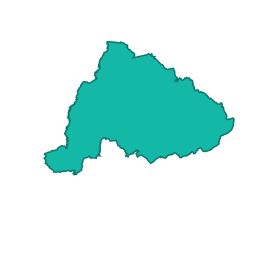 Wang Nam Yen, Sa Kaeo, Thailand, rotated 225°
{"feature_id": "78962969B24395616266318", "entity_name": "Wang Nam Yen", "entity_type": "district", "adm_level": 2, "iso_a3": "THA", "parent_name": "Thailand", "parent_adm1": "Sa Kaeo", "projection": "equal_earth", "projection_center": [102.114, 13.545], "detail": "fine", "context": "isolated", "style": "filled", "palette": "teal", "viewbox_px": 256, "rotation_deg": 225, "n_neighbors": 0, "source": "geoboundaries", "source_scale": "gbopen_adm2", "svg_char_len": 5889}
<svg xmlns="http://www.w3.org/2000/svg" viewBox="0 0 256 256"><g transform="rotate(225 128 128)"><path d="M53.2,176.4L52.4,181.2L53.7,181.8L54.2,183.3L55.2,184.3L55.4,186.0L56.4,186.8L56.6,188.9L55.7,189.8L55.4,191.6L54.1,194.0L53.7,196.0L53.5,200.0L55.1,203.8L59.1,209.0L59.8,209.4L61.1,209.1L62.2,206.2L63.4,205.2L63.5,204.4L65.3,203.9L66.0,205.6L67.6,206.9L72.4,208.1L75.1,210.0L75.8,210.0L75.8,209.3L76.3,209.0L76.7,209.4L76.5,209.9L76.8,210.3L78.2,210.9L78.2,211.5L79.2,211.7L80.0,211.5L79.8,209.8L81.9,208.1L83.6,208.4L84.1,207.8L90.3,207.5L91.4,206.8L91.4,206.3L93.7,206.3L93.8,206.9L98.4,206.7L102.4,204.9L102.4,203.9L103.9,203.7L104.4,204.3L105.3,204.0L105.5,204.3L107.2,201.9L108.2,202.5L108.8,202.5L109.2,203.1L109.7,203.0L110.4,204.0L112.0,204.0L112.4,204.7L113.2,204.5L113.2,205.0L113.8,205.8L114.6,205.8L115.6,206.9L116.9,207.0L117.7,206.1L118.1,206.3L118.3,205.8L119.9,206.7L120.4,206.0L121.3,205.7L122.1,204.5L122.4,204.7L122.4,203.6L123.1,203.2L122.8,202.2L123.0,200.3L124.4,199.8L124.8,200.3L126.8,199.9L126.7,197.4L126.3,196.5L126.4,196.2L126.7,196.6L126.9,196.4L127.6,194.4L128.1,194.7L128.1,198.2L130.1,198.1L132.3,198.6L134.6,200.7L137.2,202.0L138.3,202.1L142.1,196.5L143.0,196.9L144.7,196.1L147.8,197.1L148.6,197.0L149.3,196.3L157.2,196.5L158.9,195.4L159.4,197.4L161.9,195.7L163.2,197.2L163.7,197.1L163.8,195.6L165.9,195.2L166.1,193.7L174.0,181.1L174.6,182.8L174.4,183.6L174.9,183.8L175.1,184.6L176.5,185.2L177.1,184.6L178.1,185.0L179.3,184.3L180.0,184.7L181.6,184.4L181.9,184.7L182.6,184.2L184.4,184.0L184.8,184.5L185.6,184.4L186.1,185.5L186.5,185.2L186.8,185.9L187.7,186.0L189.0,185.1L190.1,185.3L193.9,183.6L193.6,182.5L198.5,179.0L203.6,174.4L203.0,174.1L203.0,173.0L202.7,172.6L201.9,173.1L200.6,172.8L200.3,172.3L200.4,171.4L199.6,170.6L199.0,170.6L199.1,169.7L198.3,169.8L197.7,169.0L197.5,167.8L197.2,167.8L197.3,167.2L197.0,166.0L197.9,165.4L198.1,164.6L197.9,163.4L197.1,162.8L197.1,161.6L196.2,159.1L196.4,157.7L196.0,157.1L195.7,157.4L195.4,157.0L195.8,155.9L195.1,154.6L194.0,153.8L193.7,152.2L192.7,152.1L193.0,151.6L192.8,151.3L192.2,151.9L192.0,150.5L191.5,150.9L191.1,150.6L190.5,150.9L190.0,149.0L190.4,148.5L189.9,148.1L189.9,147.1L190.2,146.9L189.7,146.7L189.9,146.3L189.2,145.6L189.3,145.2L189.6,145.5L189.8,144.9L190.2,145.3L190.5,144.7L190.5,144.0L190.0,144.0L190.2,143.2L188.3,142.5L188.7,141.7L187.7,141.7L186.7,140.8L186.3,141.2L185.8,140.5L185.6,141.0L184.9,141.0L186.9,132.2L189.1,131.7L190.0,130.8L191.5,130.1L192.2,129.1L191.9,127.3L192.0,126.6L191.6,126.0L191.6,124.8L191.2,124.7L190.6,123.0L190.8,122.0L190.2,120.9L190.4,120.6L190.4,119.9L189.9,119.7L189.6,118.0L188.0,117.5L187.5,116.2L187.2,116.2L187.2,115.0L186.2,112.8L184.4,112.8L184.3,112.4L184.8,111.5L184.2,111.3L183.5,110.0L183.5,109.1L183.9,108.3L182.6,107.1L183.1,106.3L182.8,105.8L183.3,105.2L182.8,104.8L183.6,104.3L183.5,103.6L183.8,103.4L183.4,102.8L183.8,102.0L183.0,101.8L183.4,100.9L182.8,101.0L182.7,100.2L182.1,100.4L181.8,100.0L181.9,99.3L181.4,99.7L181.1,98.7L181.6,97.8L181.1,96.6L179.9,96.3L179.7,95.3L178.9,95.1L178.7,94.2L178.3,94.6L177.8,92.7L177.3,93.3L176.8,92.9L176.4,93.4L175.7,93.2L175.4,93.6L175.8,92.6L175.6,92.3L174.5,91.6L174.4,92.4L174.0,92.5L173.6,91.1L174.1,90.5L173.6,90.8L173.1,90.5L173.0,89.6L171.7,88.4L172.0,87.3L172.0,86.4L171.7,85.8L172.1,85.7L172.0,84.9L171.4,84.1L170.9,85.0L170.5,84.1L169.8,84.1L169.9,81.6L169.3,81.2L169.3,80.3L168.5,79.8L168.7,79.3L167.4,78.8L166.4,79.3L165.9,78.6L165.1,78.6L164.5,77.8L163.9,78.3L163.6,77.5L163.3,77.4L163.4,76.7L162.5,77.0L162.5,76.2L162.0,76.3L161.5,75.5L161.0,76.3L160.7,75.1L160.9,74.5L160.0,74.3L159.8,73.3L158.9,73.4L159.1,72.4L158.3,72.1L157.8,70.9L157.5,71.1L156.9,70.4L157.6,70.1L157.7,70.4L160.0,70.3L160.8,69.4L162.3,68.7L162.4,67.5L163.0,67.0L163.4,63.8L162.9,63.0L162.9,62.3L163.9,60.6L163.9,59.9L165.6,58.6L166.2,55.7L167.4,54.2L168.1,52.0L168.6,51.5L168.5,50.5L165.6,50.1L165.9,47.4L163.1,47.1L162.9,46.2L161.9,45.5L161.4,44.5L159.9,45.2L159.8,44.8L158.4,44.7L156.4,45.2L155.9,44.3L155.2,44.3L151.1,45.2L149.1,44.5L147.0,46.7L146.6,47.9L144.8,48.5L144.5,49.6L143.1,51.9L141.7,53.1L140.2,55.7L139.6,56.4L138.9,56.2L137.5,57.1L137.4,58.8L136.3,59.1L136.1,59.8L135.5,59.5L135.4,60.2L135.2,60.2L134.7,57.7L134.3,58.7L133.9,58.9L133.2,57.0L131.7,58.8L132.2,59.4L132.0,61.5L131.5,62.1L131.6,63.1L131.1,64.4L131.1,65.6L132.5,66.7L133.1,68.9L134.3,68.9L135.4,69.8L135.3,70.8L137.0,73.5L137.6,75.5L137.2,76.7L136.1,77.9L135.5,80.8L133.8,80.2L133.7,80.6L132.7,80.5L132.3,81.8L129.1,84.1L129.9,85.7L130.1,87.0L128.3,88.4L129.0,88.4L129.4,89.1L130.4,88.7L130.4,90.6L131.3,91.0L131.2,91.6L131.7,92.5L132.5,92.4L133.1,94.0L134.3,95.1L135.2,95.3L135.4,96.0L136.0,96.4L135.9,97.0L136.7,98.3L137.2,98.0L137.7,98.5L138.7,102.2L137.9,104.3L137.1,105.0L136.4,104.3L135.5,104.4L135.3,105.8L133.6,106.9L131.5,106.1L127.6,110.8L122.6,108.5L120.7,109.3L119.7,108.7L119.5,109.1L118.1,109.0L117.2,110.4L116.0,109.9L114.2,110.2L113.8,109.4L111.0,109.3L110.7,109.0L111.0,108.7L110.5,108.6L110.6,108.1L109.9,107.5L110.1,107.2L109.6,106.6L109.2,107.7L108.1,107.3L107.6,107.7L108.4,109.9L107.4,111.6L107.3,113.2L106.9,113.5L106.7,112.9L106.1,113.6L106.7,115.4L105.8,117.6L106.6,118.1L105.3,118.8L104.8,119.5L104.0,119.3L104.2,115.6L100.8,114.2L100.3,117.7L99.1,118.4L92.7,119.8L91.9,119.3L86.9,119.1L86.2,122.3L86.2,125.8L85.1,130.8L83.8,130.4L83.4,132.1L82.1,131.9L81.3,132.7L80.2,133.0L80.5,133.6L80.2,134.0L80.5,134.4L80.2,135.1L80.5,135.5L80.4,136.6L80.0,137.5L80.1,138.1L78.8,139.1L78.3,140.7L77.8,140.8L77.6,141.8L77.8,143.3L76.7,143.9L72.2,144.3L70.2,143.8L69.8,144.2L69.2,145.1L69.5,145.9L68.0,148.6L66.5,150.3L66.8,151.4L66.3,151.9L66.0,153.1L65.9,156.7L64.8,156.9L63.5,156.2L62.6,157.7L63.3,160.2L63.2,162.1L63.8,162.9L63.2,164.3L62.3,165.3L58.6,164.7L56.7,166.0L54.6,169.9L54.4,170.9L53.8,171.7L54.1,173.0L53.8,174.2L54.0,175.1L53.2,176.4Z" fill="#14b8a6" stroke="#0f766e" stroke-width="1.5"/></g></svg>